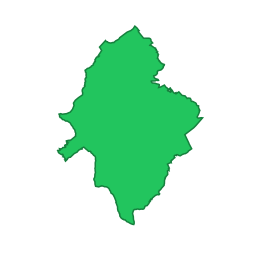 Helegiu, Bacau, Romania, rotated 157°
{"feature_id": "2599482B3078952345821", "entity_name": "Helegiu", "entity_type": "district", "adm_level": 2, "iso_a3": "ROU", "parent_name": "Romania", "parent_adm1": "Bacau", "projection": "natural_earth1", "projection_center": [26.779, 46.352], "detail": "fine", "context": "isolated", "style": "filled", "palette": "green", "viewbox_px": 256, "rotation_deg": 157, "n_neighbors": 0, "source": "geoboundaries", "source_scale": "gbopen_adm2", "svg_char_len": 5828}
<svg xmlns="http://www.w3.org/2000/svg" viewBox="0 0 256 256"><g transform="rotate(157 128 128)"><path d="M174.9,85.1L174.7,84.7L174.2,84.7L172.4,83.0L170.9,82.4L169.5,80.5L169.1,79.5L169.2,78.4L168.9,76.8L169.0,74.5L168.1,73.4L167.7,72.1L167.5,69.1L167.7,64.6L167.8,64.3L168.2,64.3L168.4,59.6L169.2,57.6L169.6,55.5L169.2,53.9L169.4,53.0L169.2,52.5L169.4,52.4L169.4,51.5L169.9,50.1L169.5,47.8L168.5,46.1L167.8,45.7L167.6,45.0L166.5,44.5L165.6,42.1L164.6,41.3L163.1,39.2L161.5,37.6L160.4,36.9L159.7,37.6L159.0,39.2L158.7,41.7L157.7,44.4L157.2,47.6L156.6,48.2L156.3,48.8L155.2,49.8L155.1,50.2L153.9,50.5L152.1,49.8L151.6,49.9L150.4,49.5L149.4,48.6L147.4,48.2L146.7,47.7L145.2,47.3L143.8,48.2L143.3,49.1L142.6,49.4L140.5,49.1L139.4,49.9L138.5,50.2L137.7,51.0L136.3,51.8L136.9,52.2L135.4,53.2L135.1,52.9L134.9,53.0L134.5,53.6L133.9,53.0L132.8,54.1L129.2,55.2L127.1,55.3L125.8,54.5L125.3,54.5L124.6,55.0L124.9,55.8L124.7,57.4L123.6,58.0L123.5,58.3L123.1,58.2L121.4,58.9L120.8,59.4L117.2,61.1L117.2,61.4L116.2,62.6L114.8,65.6L113.5,67.4L113.4,67.1L112.3,68.3L109.6,69.7L109.4,70.5L109.1,70.9L108.5,73.1L107.5,73.4L106.9,72.8L106.8,73.5L106.4,73.8L106.5,75.0L105.7,75.0L105.8,79.3L103.0,79.6L101.8,79.1L101.8,79.7L101.6,80.4L101.3,80.3L101.1,81.0L100.2,81.2L100.2,81.4L99.4,81.4L97.6,82.2L96.5,82.4L96.8,83.2L96.2,84.3L96.0,84.2L95.7,84.5L95.1,84.5L94.3,84.1L94.3,83.8L94.1,83.7L93.9,84.1L93.7,84.1L93.6,84.4L92.8,84.1L91.7,82.6L90.7,82.0L88.4,82.4L86.2,82.3L85.2,82.0L83.1,82.3L81.9,82.7L81.3,83.3L80.6,83.3L77.5,84.0L78.0,89.8L77.9,90.3L78.3,99.7L67.5,102.5L64.6,103.7L55.4,108.2L56.6,108.9L59.2,109.5L60.0,110.3L60.1,111.1L57.2,113.6L55.6,115.5L55.6,116.1L55.0,116.2L55.2,119.0L54.4,120.8L55.6,121.6L55.8,122.3L55.7,123.8L55.9,124.6L58.2,127.4L59.2,127.7L59.4,128.6L58.9,129.7L59.2,131.1L60.8,132.0L62.0,132.0L62.0,132.3L61.9,132.4L62.4,133.4L62.9,135.2L65.5,136.9L67.1,141.4L70.2,140.8L70.0,141.8L70.6,141.8L71.2,141.5L71.8,142.0L72.4,143.3L72.6,145.3L73.2,146.9L73.4,147.0L73.5,147.5L73.4,147.6L73.4,148.0L73.6,148.0L73.6,148.3L74.6,148.1L73.8,144.6L75.1,144.4L75.5,145.5L76.8,146.5L76.9,147.1L75.8,147.4L76.5,150.0L77.1,150.5L77.7,153.3L82.2,153.0L84.0,153.3L82.5,155.0L82.3,155.8L82.6,156.2L84.6,157.6L85.4,158.5L88.1,160.0L88.3,160.5L88.5,161.6L88.2,162.1L84.7,160.8L83.4,160.8L82.9,161.1L82.1,160.1L81.3,159.9L81.3,160.5L81.5,161.1L83.1,162.4L84.0,163.5L84.2,164.7L83.9,166.0L82.8,165.7L80.8,166.0L79.4,167.1L79.3,168.2L78.0,168.9L77.9,169.1L76.2,168.7L74.7,168.6L73.6,169.0L72.2,169.7L71.6,170.4L71.4,171.1L70.4,171.3L70.4,171.8L69.8,172.1L69.9,172.5L71.3,173.6L71.8,174.2L71.7,174.4L72.2,174.9L72.3,175.4L72.6,175.6L72.6,176.8L73.1,177.1L73.1,177.7L72.9,177.9L73.2,178.4L73.3,180.1L73.7,180.6L72.5,182.1L72.4,182.6L71.9,182.9L71.8,183.7L71.6,184.1L71.4,184.1L71.5,184.3L71.4,185.1L71.6,185.9L72.0,186.4L71.1,186.6L71.4,187.0L71.3,188.1L71.5,188.3L71.3,189.1L71.4,189.3L71.8,189.3L71.8,189.7L71.4,190.6L71.9,191.2L72.2,191.2L74.6,195.1L75.5,195.5L74.7,196.0L72.6,196.7L72.1,196.7L72.8,199.1L72.4,200.4L72.5,201.2L73.1,202.1L73.8,202.5L78.6,204.6L78.7,204.9L80.8,212.4L80.6,212.9L79.8,213.2L80.3,213.9L80.0,214.0L80.7,216.7L81.9,219.1L84.4,217.4L86.2,216.9L87.1,216.6L91.4,216.6L100.4,214.4L100.8,213.9L102.1,213.3L105.4,213.0L107.7,212.1L108.2,212.6L110.6,212.9L112.2,213.9L112.9,214.5L113.2,215.4L114.2,215.9L114.5,217.3L121.3,214.2L122.6,213.6L122.5,213.2L122.0,209.6L127.0,206.3L126.4,205.5L126.7,205.4L127.1,205.9L127.7,205.5L127.7,205.3L128.0,205.5L128.7,205.3L129.2,205.5L129.8,204.9L130.5,204.8L131.2,203.9L131.9,203.6L131.9,202.5L132.5,202.2L132.4,201.9L133.2,201.8L133.3,201.5L134.8,200.7L135.2,199.7L137.6,199.3L138.4,198.7L139.6,198.7L140.6,198.4L142.2,198.7L144.2,197.9L144.6,198.1L145.0,197.8L145.1,196.6L145.3,196.2L144.9,195.3L145.0,195.0L145.4,194.3L145.4,193.8L145.8,193.4L145.7,193.0L146.1,192.7L146.5,190.9L147.4,190.6L147.4,190.4L147.9,190.3L148.3,189.9L148.7,188.9L148.7,188.0L149.1,187.5L149.0,187.1L149.9,186.7L150.1,185.9L150.7,185.2L150.8,184.5L151.4,184.2L151.2,183.5L151.3,183.2L152.4,182.8L153.6,182.0L153.8,182.2L155.1,181.1L155.6,180.2L155.9,179.1L155.9,178.2L156.6,176.8L157.1,176.2L161.7,175.3L165.7,174.1L168.5,172.2L168.9,169.8L171.8,166.9L174.9,165.2L179.0,165.2L183.2,166.4L184.3,167.5L186.1,167.7L186.0,166.2L186.3,165.9L186.5,165.1L186.3,164.0L185.4,163.3L185.3,162.3L184.8,161.2L183.8,160.7L182.7,158.8L181.1,158.0L179.2,155.2L179.0,152.8L178.5,151.3L178.3,150.0L178.4,149.1L177.7,147.3L178.2,144.5L178.1,143.6L179.3,141.6L179.3,141.0L185.5,139.2L186.0,139.4L186.3,139.1L186.5,139.1L187.0,139.3L187.2,139.8L188.1,139.8L188.2,140.0L189.6,140.2L189.5,139.6L189.1,139.0L189.4,138.7L190.0,138.9L189.9,138.4L189.6,138.2L189.9,138.2L189.4,138.0L189.4,137.8L189.6,137.9L189.7,137.5L190.2,137.5L190.3,136.6L190.8,137.0L191.1,136.5L191.7,136.6L192.0,136.9L193.0,136.8L193.1,136.3L192.7,135.3L192.8,134.8L193.7,134.7L193.9,134.8L193.9,135.2L194.9,135.2L195.7,135.5L196.6,134.9L198.1,135.0L198.8,135.5L198.7,134.9L199.1,135.0L198.9,134.5L199.0,134.2L200.3,134.1L200.8,134.1L201.2,134.8L201.5,134.8L201.4,134.2L201.6,133.4L201.5,132.4L201.2,131.7L199.5,129.4L198.5,129.4L198.3,129.2L198.3,128.3L198.4,127.9L198.6,127.9L198.5,127.3L199.1,127.0L198.3,126.4L198.0,124.8L197.7,124.3L197.7,123.0L198.1,122.9L198.6,123.2L198.5,121.9L196.4,122.7L195.9,123.0L195.7,123.5L194.7,123.8L193.9,124.0L192.4,123.6L187.4,125.5L184.2,125.7L182.1,126.9L180.7,126.9L179.9,127.3L178.8,126.6L178.4,126.6L178.3,127.5L176.3,127.7L175.8,127.1L175.2,125.5L174.0,123.3L173.5,122.0L171.6,121.1L171.5,120.8L171.7,119.8L170.7,118.0L170.3,116.3L169.4,114.9L169.4,113.7L170.3,111.6L170.4,110.7L171.8,108.7L173.4,104.8L174.2,103.8L174.5,102.5L175.0,101.3L175.2,100.0L176.6,98.2L177.7,95.9L179.4,94.4L179.6,93.1L179.4,91.6L180.3,89.2L180.6,87.0L177.9,85.2L174.9,85.1Z" fill="#22c55e" stroke="#15803d" stroke-width="1.5"/></g></svg>